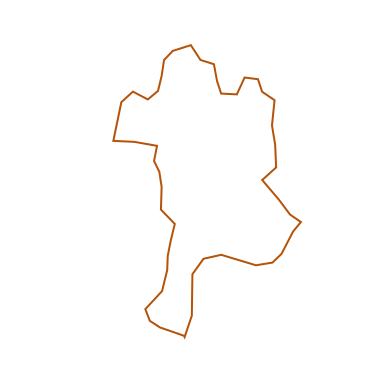 SVG path tracing the border of Gnjilane, rotated 34°
{"feature_id": "KOS-5904", "entity_name": "Gnjilane", "entity_type": "District", "adm_level": 1, "iso_a3": "XKX", "parent_name": "Kosovo", "parent_adm1": "", "projection": "mercator", "projection_center": [21.441, 42.404], "detail": "fine", "context": "isolated", "style": "outline", "palette": "amber", "viewbox_px": 384, "rotation_deg": 34, "n_neighbors": 0, "source": "natural_earth", "source_scale": "10m", "svg_char_len": 747}
<svg xmlns="http://www.w3.org/2000/svg" viewBox="0 0 384 384"><g transform="rotate(34 192 192)"><path d="M229.1,322.4L218.8,315.2L222.6,290.9L215.1,270.6L207.6,258.5L201.6,244.3L195.6,228.1L176.1,224.0L164.0,204.8L153.7,193.6L143.2,187.5L137.2,173.3L116.1,182.7L98.2,193.6L83.2,157.1L86.9,141.8L103.6,140.0L107.3,127.2L101.9,112.7L95.0,98.2L97.1,85.8L108.9,70.9L125.2,77.8L138.7,73.8L150.7,86.0L161.1,94.1L174.6,86.0L171.6,67.7L183.6,61.6L194.1,69.7L209.1,69.7L221.1,92.1L234.5,106.3L248.0,124.6L243.5,142.8L268.4,149.8L285.9,155.9L299.1,156.0L297.9,168.1L300.8,193.3L298.2,205.5L286.0,217.0L251.4,227.7L238.9,240.9L238.3,259.9L261.0,294.6L267.0,316.4L265.7,315.7L241.2,322.2L229.1,322.4Z" fill="none" stroke="#b45309" stroke-width="2"/></g></svg>